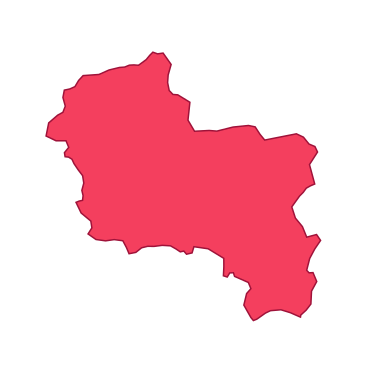 the Province of Veliko Tarnovo, rotated 168°
{"feature_id": "BGR-2249", "entity_name": "Veliko Tarnovo", "entity_type": "Province", "adm_level": 1, "iso_a3": "BGR", "parent_name": "Bulgaria", "parent_adm1": "", "projection": "equal_earth", "projection_center": [25.637, 43.224], "detail": "fine", "context": "isolated", "style": "filled", "palette": "rose", "viewbox_px": 384, "rotation_deg": 168, "n_neighbors": 0, "source": "natural_earth", "source_scale": "10m", "svg_char_len": 1636}
<svg xmlns="http://www.w3.org/2000/svg" viewBox="0 0 384 384"><g transform="rotate(168 192 192)"><path d="M111.9,47.1L112.7,47.6L120.9,53.5L129.5,58.3L139.9,59.6L145.3,58.3L155.1,54.1L158.7,53.5L160.5,57.0L164.8,70.6L159.7,81.3L154.5,85.2L155.7,91.8L167.9,100.6L168.3,104.4L171.9,105.0L175.2,101.5L178.7,103.5L176.4,112.2L174.7,120.5L188.0,133.1L201.5,138.1L204.6,132.4L210.3,132.3L212.3,135.9L215.9,135.9L219.5,139.6L224.2,143.8L232.2,146.0L240.5,146.7L246.6,148.1L252.9,147.9L259.5,144.6L266.4,144.7L267.7,151.4L269.8,158.7L278.0,161.6L286.7,162.2L295.8,165.5L302.4,172.6L297.4,177.7L297.0,184.6L304.8,194.5L307.6,206.0L304.3,206.6L300.8,206.6L299.3,211.1L299.4,216.5L296.0,223.2L295.6,230.7L298.7,237.3L301.5,244.2L302.6,249.0L305.5,251.8L308.8,252.9L308.6,257.0L303.3,261.3L304.6,268.3L314.4,270.4L323.1,277.1L317.8,289.4L307.4,295.1L301.7,296.8L298.1,302.3L298.6,311.3L295.7,318.2L290.1,318.2L284.6,319.4L279.7,324.7L274.3,328.5L258.6,326.3L247.8,328.6L237.0,328.9L231.9,328.2L226.9,329.1L222.4,328.4L218.0,327.1L209.3,331.0L204.9,334.5L201.2,336.9L197.0,334.3L191.4,333.9L185.9,321.1L191.0,311.4L193.1,304.1L193.2,296.0L190.4,291.4L185.7,290.0L175.4,280.2L181.0,263.1L176.9,250.9L162.4,248.6L155.0,246.4L138.4,247.0L122.9,245.3L116.7,242.6L113.5,234.3L110.1,227.7L77.8,227.2L71.6,222.5L67.6,214.6L62.3,210.9L60.9,205.0L71.4,194.4L70.3,174.3L74.9,173.4L79.4,172.0L83.3,168.5L87.6,165.7L97.5,156.7L96.3,145.0L91.2,135.2L89.2,124.0L79.0,124.5L76.3,117.9L83.8,110.7L90.7,102.5L96.1,91.6L94.3,88.6L90.4,88.0L88.6,78.5L95.7,70.2L99.0,57.7L104.9,52.7L111.2,49.0L111.9,47.1Z" fill="#f43f5e" stroke="#9f1239" stroke-width="1.5"/></g></svg>